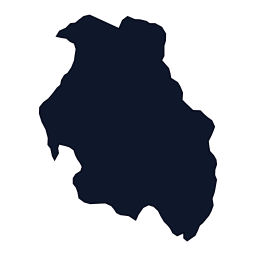 outline of Sarutaiá, São Paulo, Brazil
{"feature_id": "56859067B35433885833461", "entity_name": "Sarutaiá", "entity_type": "district", "adm_level": 2, "iso_a3": "BRA", "parent_name": "Brazil", "parent_adm1": "São Paulo", "projection": "orthographic", "projection_center": [-49.482, -23.259], "detail": "fine", "context": "isolated", "style": "filled", "palette": "ink", "viewbox_px": 256, "rotation_deg": 0, "n_neighbors": 0, "source": "geoboundaries", "source_scale": "gbopen_adm2", "svg_char_len": 1572}
<svg xmlns="http://www.w3.org/2000/svg" viewBox="0 0 256 256"><path d="M187.2,240.6L190.8,238.0L194.8,235.3L197.2,230.5L199.3,225.2L202.5,222.6L205.5,218.9L208.6,215.2L210.9,210.8L212.9,205.3L211.8,198.6L213.9,192.5L214.8,188.2L215.5,184.0L216.3,179.8L214.4,175.2L214.6,169.7L216.3,164.4L215.8,160.0L213.5,155.8L209.4,151.3L208.6,146.1L208.0,141.0L211.0,135.1L212.7,131.1L214.3,126.7L211.6,120.8L207.2,117.7L203.6,114.5L200.2,111.0L192.9,110.8L186.0,104.3L181.8,100.1L182.3,92.8L179.9,87.0L177.5,82.8L170.5,78.3L169.9,74.2L168.4,68.5L161.3,60.4L163.7,55.8L163.7,50.5L163.7,45.7L165.2,40.7L165.4,33.8L161.5,27.4L155.0,23.9L149.5,23.9L146.3,21.6L139.5,20.0L134.8,19.9L127.6,16.8L122.7,20.5L119.1,28.9L89.6,15.4L83.9,16.7L78.9,20.5L75.6,23.3L70.5,23.9L66.2,28.3L59.7,31.3L56.7,36.2L61.7,37.3L66.6,38.0L70.3,41.3L74.5,43.1L76.4,49.1L75.3,56.0L74.7,60.6L71.8,67.8L68.0,73.4L64.6,75.5L61.8,80.3L60.8,85.2L57.4,88.1L52.8,94.2L48.7,99.0L43.7,102.7L39.9,107.5L39.7,113.6L42.3,121.9L46.1,129.0L48.5,137.9L48.2,144.7L51.0,148.2L52.7,156.0L54.6,159.7L58.2,153.1L57.4,148.2L58.8,143.8L65.7,145.4L69.9,146.8L74.1,149.8L75.8,155.0L77.7,158.8L80.5,162.8L82.5,166.7L81.0,171.3L76.0,174.5L73.5,178.3L73.5,183.5L76.5,187.3L78.2,192.3L79.2,197.9L84.5,201.8L90.3,203.4L100.0,202.9L105.4,202.7L111.6,205.5L114.3,208.7L116.9,212.6L120.6,214.4L128.8,215.4L135.6,219.8L138.0,214.3L142.9,207.3L148.6,204.5L153.9,206.2L158.6,210.6L161.1,215.7L164.5,221.4L167.7,224.6L170.5,227.9L173.0,232.7L177.2,235.5L184.0,232.4L184.0,238.0L187.2,240.6Z" fill="#0f172a" stroke="#020617" stroke-width="1.5"/></svg>